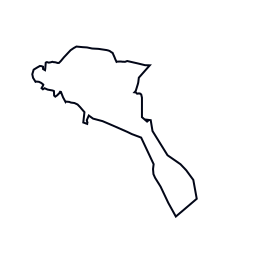 the district of Wurno, Sokoto, Nigeria, rotated 57°
{"feature_id": "59680162B797578221173", "entity_name": "Wurno", "entity_type": "district", "adm_level": 2, "iso_a3": "NGA", "parent_name": "Nigeria", "parent_adm1": "Sokoto", "projection": "mercator", "projection_center": [5.455, 13.242], "detail": "fine", "context": "isolated", "style": "outline", "palette": "ink", "viewbox_px": 256, "rotation_deg": 57, "n_neighbors": 0, "source": "geoboundaries", "source_scale": "gbopen_adm2", "svg_char_len": 1753}
<svg xmlns="http://www.w3.org/2000/svg" viewBox="0 0 256 256"><g transform="rotate(57 128 128)"><path d="M40.7,177.6L42.6,176.4L43.6,176.0L45.5,175.4L46.2,176.2L46.5,176.9L47.5,178.8L49.2,178.3L49.2,176.3L52.0,174.5L55.6,170.7L56.7,170.0L60.6,172.3L62.1,171.9L62.0,169.3L61.5,167.5L61.5,166.2L60.9,165.9L60.6,165.2L61.2,164.6L67.0,165.8L72.2,166.2L72.0,165.7L74.1,163.1L75.6,162.0L77.9,159.3L80.8,157.5L84.3,156.8L91.0,155.9L99.0,162.5L102.3,160.0L101.7,159.5L101.3,159.0L100.4,158.8L99.0,158.3L96.2,154.1L101.1,152.2L108.4,145.6L115.4,140.9L130.9,130.7L135.2,128.1L143.2,122.2L172.3,126.2L176.1,129.4L180.6,131.8L184.5,132.4L194.9,132.6L212.8,135.0L228.3,136.1L224.8,108.9L207.1,101.5L195.1,102.2L187.0,103.7L172.4,109.7L143.9,109.1L133.8,104.7L131.2,107.8L132.9,107.7L133.0,108.5L126.5,110.4L110.2,99.8L107.2,98.7L107.0,98.8L106.0,98.9L105.6,99.5L104.9,99.9L104.8,100.4L104.5,101.2L104.0,101.8L103.4,101.8L102.6,102.0L102.1,102.5L101.6,103.1L101.1,101.3L96.6,95.9L95.5,94.7L91.7,91.5L87.3,75.6L84.6,79.5L79.2,84.6L71.4,92.2L70.9,94.4L69.2,96.8L68.5,97.6L66.4,100.9L66.3,101.6L63.4,101.2L61.5,100.8L56.5,100.0L55.8,100.5L53.5,101.4L53.1,101.7L52.4,102.2L51.0,103.5L47.2,107.8L45.6,109.6L41.8,114.8L38.1,118.5L35.5,122.0L31.6,126.9L31.4,130.0L31.5,133.8L33.8,143.2L35.3,148.0L35.8,150.5L35.6,150.8L35.5,151.0L35.4,151.2L35.2,151.4L35.2,151.5L34.7,152.0L34.2,152.4L33.5,152.9L33.3,153.3L32.8,153.7L32.7,153.9L32.5,154.2L32.2,154.6L32.0,154.8L31.4,155.2L31.3,155.4L30.7,157.3L30.0,158.9L29.3,159.5L28.8,159.9L28.5,160.3L28.4,160.9L28.4,161.4L33.2,165.1L34.3,166.1L32.3,167.1L30.3,165.9L29.1,166.8L28.0,168.1L27.8,171.3L27.7,175.1L27.8,175.5L30.8,179.0L34.2,180.3L38.9,180.4L39.1,179.6L40.7,177.6Z" fill="none" stroke="#020617" stroke-width="2"/></g></svg>